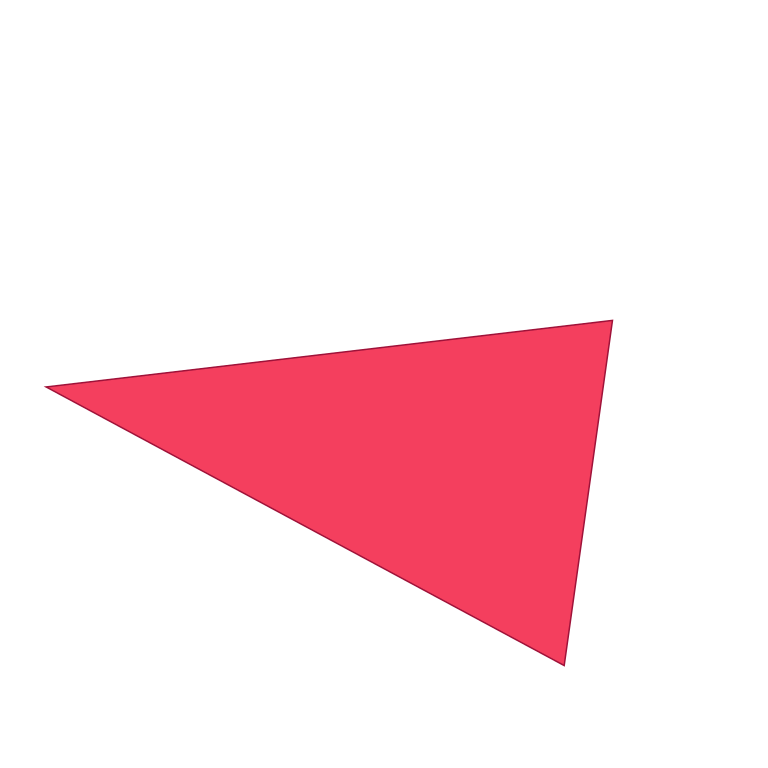 Anetan, orthographic projection, rotated 119°
{"feature_id": "NRU-4978", "entity_name": "Anetan", "entity_type": "state/province", "adm_level": 1, "iso_a3": "NRU", "parent_name": "Nauru", "parent_adm1": "", "projection": "orthographic", "projection_center": [166.935, -0.497], "detail": "fine", "context": "isolated", "style": "filled", "palette": "rose", "viewbox_px": 768, "rotation_deg": 119, "n_neighbors": 0, "source": "natural_earth", "source_scale": "10m", "svg_char_len": 218}
<svg xmlns="http://www.w3.org/2000/svg" viewBox="0 0 768 768"><g transform="rotate(119 384 384)"><path d="M217.6,215.0L542.9,89.9L550.4,678.1L217.6,215.0Z" fill="#f43f5e" stroke="#9f1239" stroke-width="1.5"/></g></svg>